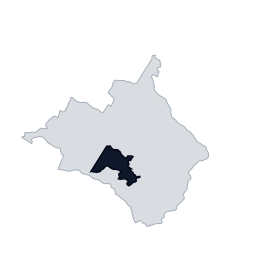 Maniema on a map of Democratic Republic of the Congo (Robinson projection), rotated 122°
{"feature_id": "COD-1895", "entity_name": "Maniema", "entity_type": "Province", "adm_level": 1, "iso_a3": "COD", "parent_name": "Democratic Republic of the Congo", "parent_adm1": "", "projection": "robinson", "projection_center": [26.456, -2.545], "detail": "fine", "context": "in_parent", "style": "filled", "palette": "ink", "viewbox_px": 256, "rotation_deg": 122, "n_neighbors": 0, "source": "natural_earth", "source_scale": "10m", "svg_char_len": 8174}
<svg xmlns="http://www.w3.org/2000/svg" viewBox="0 0 256 256"><g transform="rotate(122 128 128)"><path d="M200.0,165.4L185.2,168.1L185.5,169.0L185.3,170.0L185.0,170.8L183.4,172.9L181.2,174.8L181.2,175.2L182.3,177.4L183.0,180.3L182.8,185.4L183.1,186.8L183.1,187.9L182.3,189.1L180.8,195.3L181.8,198.3L184.7,201.1L186.4,203.1L189.3,203.9L189.8,203.8L190.0,202.0L192.3,201.4L192.2,212.4L192.1,213.0L191.7,213.2L191.1,212.8L190.9,211.7L190.3,211.3L187.5,212.7L186.8,212.6L186.0,212.4L185.5,211.8L185.3,211.0L183.3,207.8L182.3,207.5L181.3,204.7L176.8,202.5L175.1,202.4L174.3,201.7L173.4,199.5L171.9,198.0L171.6,196.4L171.3,196.1L170.4,196.5L169.6,199.0L168.6,199.6L166.8,199.7L162.3,199.0L159.0,197.6L158.2,197.7L156.9,196.5L156.3,194.6L156.6,193.0L156.4,192.8L151.4,194.1L150.2,194.9L149.1,194.7L148.8,194.3L149.3,193.2L149.0,192.1L148.7,191.5L147.2,191.1L146.7,189.9L145.8,189.7L145.5,189.9L145.3,190.7L144.8,191.0L141.8,190.6L138.7,191.7L134.6,191.4L132.7,192.7L132.4,192.6L132.0,192.0L131.6,189.9L131.8,189.3L132.4,188.9L132.6,188.1L132.4,185.9L132.5,185.4L132.3,184.2L131.7,182.2L130.8,180.6L129.0,178.1L128.6,177.0L128.7,174.3L129.3,170.0L129.3,166.8L128.5,164.7L128.3,162.4L128.8,158.4L128.3,157.4L118.9,157.1L118.5,156.8L118.4,156.2L118.8,153.9L113.1,154.5L111.3,154.9L110.3,155.9L109.9,157.1L109.9,158.9L109.1,160.5L108.8,163.4L107.2,163.7L105.7,163.7L102.6,163.1L99.6,163.9L98.2,164.6L97.4,164.3L94.8,164.6L94.4,164.3L91.3,158.8L90.0,156.9L89.7,156.0L89.8,155.1L89.4,154.0L88.0,151.1L87.7,149.8L87.8,147.7L87.6,147.0L86.3,145.2L85.5,144.6L84.5,144.3L69.2,144.5L64.1,144.2L60.4,144.4L58.6,144.3L58.0,144.0L56.3,144.4L55.5,145.2L54.1,145.5L53.3,145.4L51.7,143.3L53.9,143.0L54.0,142.7L54.1,137.8L53.6,137.1L54.7,136.2L56.6,134.0L58.4,133.3L58.6,132.8L59.0,132.8L59.7,133.8L61.3,135.0L63.2,133.9L63.4,133.6L63.7,131.5L64.2,131.3L65.0,131.8L65.5,131.8L66.3,131.1L68.8,130.1L69.5,131.4L68.9,132.7L69.2,133.5L69.2,134.9L69.7,135.2L71.6,135.4L72.2,135.0L76.1,130.1L77.1,129.6L78.7,127.6L80.9,126.8L81.9,125.2L83.1,122.5L83.7,118.6L83.4,111.7L83.6,110.8L86.2,107.8L88.9,102.2L90.8,100.7L92.1,100.1L94.2,98.1L95.9,96.0L95.7,93.6L96.1,91.5L97.0,88.9L97.3,86.2L97.0,83.3L97.1,80.9L98.4,77.1L98.5,72.8L99.6,69.1L101.9,64.5L102.9,61.1L102.7,57.7L103.0,55.2L102.9,53.7L102.5,52.4L102.7,51.6L103.6,51.3L104.6,50.0L106.5,46.7L108.6,45.0L110.0,44.5L111.5,44.6L112.5,44.9L114.0,46.2L115.8,47.2L117.1,48.5L118.5,50.6L121.6,51.0L123.0,51.7L123.8,52.0L124.1,51.8L124.8,51.9L126.3,52.5L127.5,52.2L133.4,53.5L134.0,52.9L135.7,49.4L136.9,48.2L138.9,48.1L140.5,48.7L141.4,48.7L148.6,45.7L149.5,45.6L152.1,46.3L153.9,45.8L154.5,46.0L156.0,45.5L157.2,43.4L158.2,42.8L168.6,45.1L170.2,44.0L171.0,43.9L173.3,44.7L174.0,46.0L175.4,47.1L176.3,48.9L177.9,49.9L178.7,50.9L179.6,51.6L181.5,51.8L183.9,50.2L185.6,50.3L187.3,51.2L187.9,51.2L189.1,50.2L189.8,49.2L190.5,49.0L191.5,49.4L192.3,50.4L193.0,51.8L195.6,54.9L198.1,56.2L198.8,58.2L199.7,58.0L200.1,58.2L200.8,59.4L201.2,59.6L201.3,60.1L200.7,61.3L200.1,63.4L200.9,64.8L200.2,66.8L199.9,68.8L200.7,69.3L201.8,69.2L202.7,70.3L203.5,70.5L204.3,71.6L204.1,72.5L201.6,75.8L197.9,79.8L196.7,80.3L196.0,81.0L195.6,82.2L194.5,83.2L193.6,83.6L193.6,86.5L192.3,89.5L191.8,90.2L191.1,95.1L191.3,95.9L190.6,99.9L190.7,103.7L188.9,104.8L187.6,106.7L187.1,107.9L187.1,111.0L185.1,112.8L184.9,113.3L185.4,115.4L186.2,115.7L186.2,116.5L187.9,118.8L187.8,125.8L187.8,126.5L188.7,128.2L189.3,131.4L188.6,135.5L190.9,143.0L189.9,145.7L190.4,148.4L191.7,151.1L194.9,153.8L195.7,154.9L196.5,156.4L197.3,158.8L200.0,165.4Z" fill="#d9dde1" stroke="#a8b0b8" stroke-width="1"/><path d="M151.9,113.4L151.7,113.3L151.5,112.9L150.7,111.3L150.0,110.2L149.8,109.9L149.7,109.3L149.6,108.6L152.7,108.8L153.1,108.7L153.9,108.6L154.0,108.6L154.6,109.1L154.6,109.4L154.6,109.5L154.4,109.8L154.5,109.9L154.5,110.0L154.8,110.1L155.1,110.2L155.5,110.2L155.9,110.2L156.3,110.1L156.6,110.0L156.7,109.9L158.0,108.3L158.2,108.0L158.3,108.0L158.5,107.9L158.8,107.8L159.0,107.8L159.4,108.0L159.6,108.1L160.2,107.9L160.5,107.9L160.7,107.6L160.8,107.4L160.8,107.2L160.8,106.6L160.8,106.4L160.9,105.8L160.9,105.6L160.9,105.2L160.9,104.1L160.9,103.7L161.1,104.0L161.3,104.2L161.5,104.4L161.5,104.5L161.8,104.6L162.0,104.6L162.2,104.4L162.2,104.2L162.3,104.1L162.2,103.8L162.3,103.7L162.5,103.5L162.6,103.4L162.6,103.2L162.6,102.8L162.6,102.7L162.8,102.6L163.0,102.4L163.0,102.2L163.1,101.7L163.3,101.4L163.2,101.0L163.1,100.9L163.2,100.1L163.3,99.8L163.4,99.7L164.0,99.3L164.2,99.2L164.3,99.0L164.4,98.9L164.4,98.7L164.1,96.8L164.2,96.6L164.4,96.3L165.1,95.6L165.2,95.4L165.3,95.2L165.2,95.0L165.2,94.9L165.0,94.6L164.1,93.9L163.7,93.5L163.4,93.1L163.0,92.8L162.9,92.6L162.9,92.4L163.1,92.1L163.2,91.9L163.3,91.9L163.5,92.0L163.9,92.3L164.1,92.5L164.3,92.7L164.5,92.8L164.7,93.3L164.9,93.3L164.9,93.5L165.1,93.7L165.4,93.8L165.5,94.1L165.7,94.4L165.8,94.4L166.1,94.4L166.5,94.4L166.8,94.2L167.2,93.9L167.3,93.8L167.6,93.8L168.3,93.3L168.5,93.4L168.8,93.3L168.7,93.1L168.7,92.9L168.8,92.9L169.1,93.1L169.3,93.1L169.5,93.3L169.8,93.4L170.0,93.4L170.2,93.6L170.4,93.7L170.5,93.8L170.6,94.1L170.7,94.3L170.8,94.4L171.0,94.5L171.1,94.8L171.3,94.9L171.5,95.0L171.8,95.0L172.4,95.1L172.6,95.2L172.8,95.3L172.8,95.5L173.0,95.6L173.3,95.6L173.7,95.4L173.9,95.4L174.0,95.5L174.2,95.8L174.6,95.8L174.8,95.8L175.4,96.1L175.8,96.2L176.6,96.9L176.6,97.2L176.6,97.4L176.5,97.8L176.3,98.4L176.2,98.9L176.2,99.0L175.5,99.4L175.4,99.5L174.9,99.5L174.5,99.6L174.4,99.5L174.2,99.4L173.8,99.4L173.6,99.4L173.2,99.7L172.9,99.6L172.6,99.8L172.3,100.0L172.2,100.1L172.2,100.4L172.1,100.7L172.1,100.8L172.3,100.9L172.3,101.0L172.4,101.3L172.6,101.4L172.7,101.6L172.7,101.8L172.4,101.8L172.2,101.7L172.0,101.8L171.9,101.9L171.7,102.0L171.8,102.3L172.0,102.7L173.6,104.9L174.0,105.6L174.2,105.9L174.3,106.0L174.9,106.5L175.2,107.0L175.3,107.1L175.6,107.3L175.7,107.5L175.8,107.7L175.8,108.4L175.8,108.6L176.1,109.2L173.5,109.4L173.3,109.5L173.2,109.6L173.2,110.0L173.1,110.3L173.0,110.5L172.8,110.6L172.6,110.8L172.3,111.0L172.0,111.2L171.6,111.3L171.4,111.4L171.3,111.2L171.2,111.2L171.1,111.3L170.9,111.1L170.7,111.1L170.3,110.7L170.1,110.7L169.9,110.6L169.7,110.6L169.4,110.5L169.1,110.4L168.9,110.4L168.8,110.8L168.7,111.9L168.6,113.2L168.6,113.4L168.7,113.9L169.2,115.5L169.3,115.9L169.4,116.1L169.4,116.5L169.6,116.8L170.0,117.4L170.4,117.7L170.5,118.1L170.5,118.4L170.6,118.8L170.8,118.9L170.8,119.1L170.9,119.3L170.8,119.5L171.0,119.7L171.0,119.8L171.0,120.0L171.0,120.6L171.1,120.8L170.8,121.3L170.7,121.4L170.8,121.6L170.8,121.8L171.0,121.9L170.9,122.2L171.0,122.3L171.0,122.5L170.8,124.6L170.8,124.9L170.8,125.1L170.9,125.3L171.0,125.6L171.3,126.0L171.5,126.1L171.7,126.3L172.7,126.6L173.3,126.9L174.0,127.1L175.3,127.1L175.7,127.2L175.9,127.3L176.2,127.5L176.7,128.0L177.0,128.2L177.3,128.3L178.0,128.6L178.3,128.5L178.3,128.8L178.3,129.0L178.5,129.0L178.8,129.2L178.9,128.9L179.0,128.8L179.2,128.7L179.3,128.6L179.5,128.6L179.9,128.9L180.4,129.2L180.7,129.7L180.9,129.9L181.7,130.5L181.9,130.6L182.0,130.8L182.9,132.9L183.3,133.6L184.0,135.6L184.1,135.8L184.2,136.0L184.6,136.4L154.9,136.4L154.7,136.4L154.1,135.5L154.1,135.3L154.1,135.1L153.9,134.9L153.7,134.6L153.5,134.4L153.4,134.3L153.2,134.2L153.1,133.7L152.9,133.6L153.0,133.5L152.9,133.3L152.9,133.1L153.0,132.7L153.3,132.4L153.7,131.8L154.0,131.5L154.1,131.4L153.9,131.0L153.8,130.9L154.0,130.1L154.1,129.9L154.1,129.7L154.0,129.2L154.1,128.9L153.9,128.6L154.0,128.5L154.0,128.4L153.9,128.2L153.8,127.9L153.7,127.6L153.2,127.4L153.2,127.1L152.9,126.8L152.8,126.5L152.7,126.6L152.5,126.3L152.5,126.2L152.4,126.0L152.5,126.0L152.5,125.9L152.4,125.9L152.2,125.8L152.2,125.7L151.9,125.2L152.0,125.1L152.2,124.8L152.4,124.5L152.4,124.2L152.2,123.6L152.2,123.3L152.2,123.2L152.3,123.2L152.4,122.9L152.3,122.6L152.3,122.4L152.6,122.4L152.7,122.2L152.8,122.0L152.9,121.7L153.0,121.6L153.3,121.5L153.2,120.7L153.3,120.7L153.6,120.7L153.7,120.3L153.8,120.2L154.1,119.7L154.1,119.3L154.2,119.1L154.0,118.9L154.2,119.0L154.3,118.9L154.2,118.6L154.2,118.3L154.2,118.1L154.3,117.9L154.5,117.5L154.6,117.1L154.9,116.4L154.9,116.2L154.7,115.5L154.7,114.9L154.6,114.5L154.7,114.1L154.8,113.3L151.9,113.4Z" fill="#0f172a" stroke="#020617" stroke-width="1.5"/></g></svg>